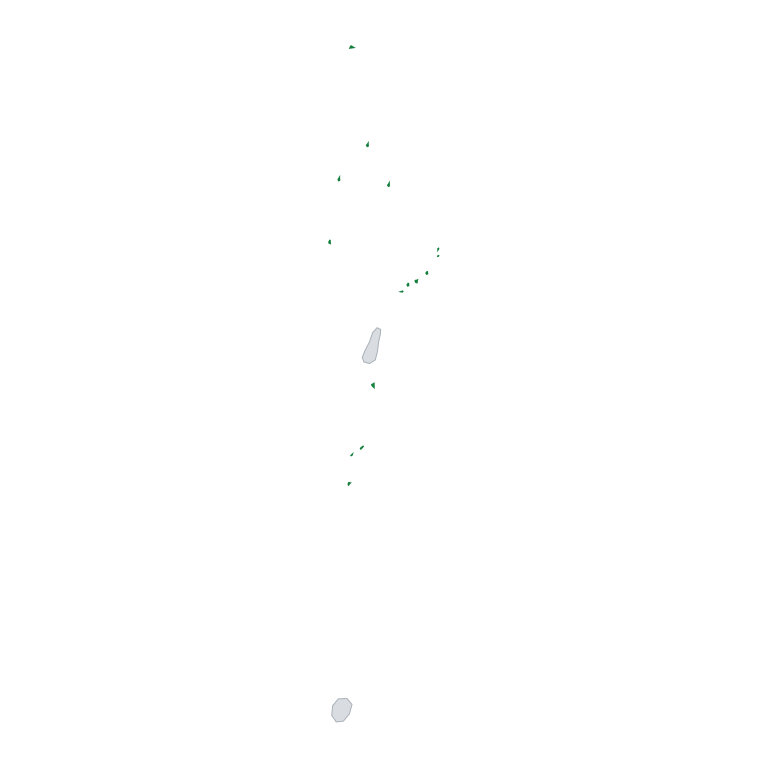 location of Kaafu within Maldives
{"feature_id": "MDV-5230", "entity_name": "Kaafu", "entity_type": "Atoll", "adm_level": 1, "iso_a3": "MDV", "parent_name": "Maldives", "parent_adm1": "", "projection": "natural_earth1", "projection_center": [73.522, 4.408], "detail": "fine", "context": "in_parent", "style": "filled", "palette": "green", "viewbox_px": 768, "rotation_deg": 0, "n_neighbors": 0, "source": "natural_earth", "source_scale": "10m", "svg_char_len": 1775}
<svg xmlns="http://www.w3.org/2000/svg" viewBox="0 0 768 768"><path d="M375.3,359.9L369.5,363.5L364.0,362.0L362.2,357.5L364.9,350.7L369.4,342.1L372.6,332.7L377.1,327.7L380.6,329.4L380.3,334.6L378.6,341.9L377.5,351.2L375.3,359.9ZM343.3,721.2L336.2,721.9L331.7,715.3L332.7,705.7L338.3,698.9L347.0,698.5L352.0,704.5L349.4,713.9L343.3,721.2Z" fill="#d9dde1" stroke="#a8b0b8" stroke-width="1"/><path d="M373.9,383.5L374.0,387.4L372.7,386.2L372.0,385.4L371.9,384.6L372.9,384.1L373.9,383.5ZM353.6,47.5L350.0,48.0L350.8,46.2L351.5,46.1L352.4,46.8L353.6,47.5ZM417.3,280.1L417.0,281.1L417.1,282.0L417.0,282.6L416.6,282.5L415.9,282.4L415.2,280.9L415.6,280.5L416.5,280.5L417.3,280.1ZM330.0,239.9L330.2,243.4L329.0,242.8L329.0,242.0L329.5,241.1L330.0,239.9ZM339.4,177.7L339.4,177.8L339.4,178.8L339.6,179.7L339.5,180.3L338.8,180.6L338.2,179.7L338.4,179.1L338.9,178.6L339.4,177.7ZM408.5,283.0L408.4,284.1L408.6,284.9L408.6,285.5L407.8,285.9L407.2,284.9L407.4,284.4L407.9,283.9L408.5,283.0ZM368.0,143.5L368.0,144.6L368.2,145.5L368.1,146.1L367.3,146.4L367.2,146.1L366.7,145.5L366.9,144.9L367.5,144.3L368.0,143.5ZM389.1,183.3L389.1,184.4L389.2,185.3L389.2,185.9L388.4,186.2L388.2,185.9L387.8,185.3L388.1,184.7L388.6,184.2L389.1,183.3ZM427.3,271.2L427.3,272.3L427.5,273.1L427.5,273.8L426.7,274.1L426.1,273.2L426.3,272.6L426.9,272.1L427.3,271.2ZM350.2,483.0L349.5,483.6L348.9,484.5L348.5,484.9L348.3,484.1L348.6,482.9L349.1,482.7L349.7,482.9L350.2,483.0ZM363.6,446.0L361.1,448.7L360.3,449.3L360.9,448.0L361.7,447.3L363.6,446.0ZM403.2,291.0L402.1,291.9L401.1,291.7L403.2,291.0ZM352.3,454.3L352.1,455.0L350.6,455.9L352.3,454.3ZM439.0,248.2L438.9,248.2L438.0,249.7L438.0,248.7L439.0,248.2ZM439.0,255.3L438.3,256.2L437.2,256.5L439.0,255.3Z" fill="#22c55e" stroke="#15803d" stroke-width="1.5"/></svg>